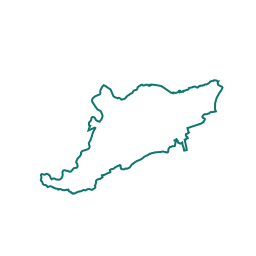 Valcele, Covasna, Romania, rotated 59°
{"feature_id": "2599482B82717722781959", "entity_name": "Valcele", "entity_type": "district", "adm_level": 2, "iso_a3": "ROU", "parent_name": "Romania", "parent_adm1": "Covasna", "projection": "orthographic", "projection_center": [25.68, 45.82], "detail": "fine", "context": "isolated", "style": "outline", "palette": "teal", "viewbox_px": 256, "rotation_deg": 59, "n_neighbors": 0, "source": "geoboundaries", "source_scale": "gbopen_adm2", "svg_char_len": 5868}
<svg xmlns="http://www.w3.org/2000/svg" viewBox="0 0 256 256"><g transform="rotate(59 128 128)"><path d="M133.5,229.2L134.4,228.0L136.1,227.3L136.6,227.4L137.4,227.2L137.6,225.1L138.3,224.1L141.0,222.2L141.1,222.3L141.3,222.0L142.6,221.3L144.1,219.4L144.4,219.4L144.5,219.1L144.9,219.2L144.9,218.8L145.1,218.6L145.0,218.3L145.3,217.7L145.8,217.1L147.5,216.1L147.9,215.7L148.2,214.8L148.6,214.5L148.8,213.8L148.9,213.7L149.0,213.4L149.7,211.9L149.9,211.0L150.0,210.9L150.3,211.1L150.7,210.9L151.2,211.3L151.7,211.2L152.6,210.7L153.5,209.9L154.4,210.0L155.1,209.3L155.6,209.3L156.1,208.9L156.2,208.4L156.1,208.0L156.5,207.7L156.7,207.2L156.7,206.0L156.9,203.9L157.4,202.6L157.4,202.1L158.0,201.1L158.0,200.2L158.3,197.7L159.4,196.9L159.6,196.6L159.7,195.2L159.6,194.2L160.0,193.3L160.7,192.3L162.3,191.0L162.6,190.1L162.4,189.5L162.5,188.4L162.3,186.8L162.0,186.7L161.2,186.1L160.3,186.1L159.8,185.0L158.4,183.7L158.1,183.3L156.9,182.7L156.5,181.8L156.4,181.2L156.8,178.7L157.3,178.1L157.1,175.2L156.6,174.9L155.8,175.0L155.1,174.8L155.6,173.2L156.0,172.6L156.2,169.7L156.8,166.0L156.4,165.6L156.2,165.7L154.7,165.2L154.7,163.6L154.8,163.1L155.2,162.4L155.5,161.2L155.1,159.5L155.1,159.1L155.5,154.4L155.6,154.0L156.6,153.7L157.4,154.4L158.1,154.5L159.0,155.0L160.2,154.5L160.7,153.6L161.2,153.1L161.5,152.4L161.4,151.0L162.5,149.6L162.6,148.2L162.8,147.0L161.3,143.6L161.3,142.1L161.0,141.7L161.1,140.9L160.9,139.5L160.9,136.9L161.2,135.8L161.5,133.6L161.5,131.8L161.0,128.7L161.2,127.3L161.1,126.3L161.5,125.3L161.2,122.8L161.6,122.5L161.8,120.5L162.6,118.6L162.6,117.7L163.2,116.9L163.6,115.7L163.9,115.3L164.6,113.8L165.3,112.8L165.3,112.5L165.7,111.7L165.7,111.0L166.0,110.3L167.0,109.3L167.3,109.1L167.7,108.5L168.5,107.9L168.6,107.5L169.0,107.4L169.3,106.8L169.2,106.4L169.2,106.1L168.7,105.5L167.5,104.7L166.7,103.9L166.1,102.1L165.8,101.6L166.3,100.9L166.5,99.2L167.1,98.4L167.5,97.1L163.9,93.8L162.8,94.6L162.5,94.5L162.6,94.0L163.3,93.0L163.3,92.7L162.8,92.7L162.5,92.5L162.5,92.2L164.8,92.1L164.9,92.3L166.4,92.6L168.0,91.5L168.4,91.0L168.4,89.0L170.7,90.0L174.2,90.6L175.4,91.3L176.3,91.5L177.2,89.1L176.1,88.5L175.0,88.1L167.2,85.4L167.7,84.2L166.9,83.3L167.3,82.7L167.5,82.0L166.9,81.8L166.3,81.8L165.2,82.2L164.2,82.2L163.5,81.9L163.0,81.1L163.4,80.2L163.4,78.6L163.3,78.2L163.0,78.3L163.0,79.3L162.9,78.7L162.1,77.9L160.4,77.7L159.8,77.3L158.7,77.1L161.2,66.1L161.2,65.5L161.6,64.9L161.5,64.4L161.8,63.6L161.8,61.1L162.0,60.4L161.2,59.9L161.0,58.9L160.5,58.0L159.9,57.5L159.1,57.7L158.0,58.5L157.1,58.6L156.7,58.5L156.0,57.3L155.8,56.8L155.6,55.5L155.7,55.1L156.5,54.0L156.7,53.4L157.0,51.8L157.2,51.4L157.3,50.8L157.1,50.3L157.0,49.8L157.0,48.8L157.9,47.4L158.2,46.0L158.5,45.4L158.5,45.1L159.0,44.6L159.1,44.1L158.1,44.0L156.0,43.4L155.1,42.7L151.7,40.6L148.7,37.5L147.6,36.1L144.5,30.6L144.0,29.1L143.5,28.2L142.1,26.2L141.0,26.2L139.1,27.6L137.3,28.5L136.6,28.3L136.0,27.9L135.6,27.9L134.8,27.1L134.6,26.6L134.2,27.3L133.3,27.4L132.9,27.7L131.4,29.6L131.5,30.7L131.2,31.2L130.9,32.0L130.6,33.7L130.6,34.1L131.1,34.9L131.2,35.6L131.2,37.9L131.0,38.5L130.6,38.9L130.4,39.4L130.3,40.4L130.5,40.9L130.0,41.6L130.0,42.4L129.3,43.7L129.3,44.0L128.9,44.4L128.9,44.6L129.1,45.4L128.7,46.1L129.2,47.1L129.2,47.6L128.7,48.2L127.4,48.8L126.8,49.6L126.2,51.4L126.2,52.2L125.4,54.4L125.2,55.3L125.6,55.6L126.0,56.2L126.0,57.0L125.9,57.4L125.5,58.0L125.3,59.6L125.4,60.1L124.9,60.8L124.6,61.4L125.0,61.8L124.9,62.1L125.1,62.1L125.2,61.9L125.3,62.0L124.7,62.9L124.6,63.7L124.0,64.5L124.0,64.9L123.7,64.8L123.2,64.2L122.8,64.2L122.7,64.3L122.7,64.8L122.4,65.2L122.4,65.4L122.7,65.8L123.4,66.0L122.9,67.7L122.2,69.6L120.9,71.0L121.4,71.5L119.5,73.1L112.4,76.3L108.9,78.1L107.1,80.3L106.5,80.8L102.9,85.4L102.7,85.9L102.8,86.2L102.5,86.5L102.8,86.7L102.8,86.8L103.0,86.8L102.8,88.2L102.4,88.4L101.9,88.2L101.1,88.9L100.1,90.3L99.8,92.4L99.6,92.7L99.2,93.3L98.4,93.5L97.9,93.9L97.7,94.7L98.0,96.0L97.9,98.0L98.2,98.9L99.1,99.7L99.6,100.6L99.5,101.4L99.2,102.3L99.0,103.8L99.4,105.0L100.1,106.1L100.2,106.5L99.9,108.7L99.9,109.2L100.2,109.7L100.1,111.2L100.3,112.8L100.5,113.1L100.5,113.6L101.1,114.7L101.2,115.6L101.1,116.2L101.0,117.1L100.7,117.9L100.4,118.8L100.2,119.1L99.3,119.3L97.8,119.9L97.3,120.5L97.2,121.7L96.6,121.9L95.0,123.3L93.4,124.1L91.6,123.9L86.0,123.1L81.5,125.3L81.0,125.3L78.8,126.8L79.2,128.4L80.5,130.9L81.9,132.6L84.2,134.0L84.6,134.8L84.6,135.7L84.3,136.9L84.0,139.1L84.0,140.8L84.4,142.8L84.7,143.5L85.3,144.1L86.0,144.7L86.9,145.1L91.6,145.0L96.0,144.7L97.2,144.2L98.9,143.0L99.9,142.7L103.3,143.2L104.2,143.4L105.2,144.1L106.6,145.9L107.1,146.8L107.4,147.8L108.0,149.1L106.3,150.6L104.8,151.3L104.2,151.4L102.6,151.2L101.5,151.5L100.3,152.7L100.2,153.1L100.4,153.9L100.8,154.4L102.0,155.2L102.6,156.1L103.2,158.5L103.9,159.2L104.8,159.5L105.3,159.9L105.7,160.0L106.0,160.0L106.7,159.3L108.2,161.5L109.7,163.1L110.5,156.9L110.7,156.6L110.7,156.2L111.2,156.0L113.3,159.6L115.0,161.8L116.6,163.4L118.9,166.2L120.8,169.4L121.8,169.9L123.7,170.3L124.9,171.0L125.1,171.4L125.4,171.9L125.5,173.2L124.9,176.2L124.4,177.9L124.2,179.0L124.4,179.9L124.6,180.4L124.9,180.9L126.7,182.2L127.1,183.1L127.5,183.9L128.2,187.0L130.1,189.6L130.9,190.1L132.4,190.0L133.0,190.1L135.1,191.1L135.6,191.8L135.6,192.3L135.5,192.8L134.7,194.6L134.6,195.2L134.7,195.7L135.8,198.9L135.8,199.9L135.7,200.2L135.1,200.9L134.0,201.6L131.5,204.2L131.3,204.6L131.2,205.5L131.7,206.5L132.3,207.1L134.5,208.1L135.8,209.3L136.6,210.7L136.9,211.4L137.0,212.8L136.9,213.4L136.6,214.0L135.1,216.1L133.8,216.7L133.1,217.4L132.6,218.8L132.7,219.8L131.5,220.1L128.7,219.6L128.1,219.7L126.3,220.5L125.3,221.4L125.2,221.9L125.1,223.2L125.0,223.7L123.3,225.4L123.1,225.8L123.1,226.3L123.2,226.6L123.6,226.9L125.9,227.7L126.5,228.2L127.2,229.2L128.0,229.7L128.4,229.7L129.4,229.3L129.9,229.3L132.1,229.8L132.7,229.7L133.5,229.2Z" fill="none" stroke="#0f766e" stroke-width="2"/></g></svg>